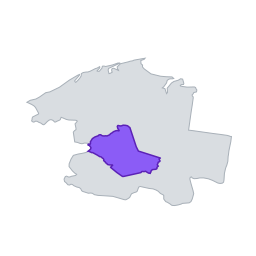 Gabon, with Ogooué-Lolo highlighted, rotated 98°
{"feature_id": "GAB-2628", "entity_name": "Ogooué-Lolo", "entity_type": "Province", "adm_level": 1, "iso_a3": "GAB", "parent_name": "Gabon", "parent_adm1": "", "projection": "equal_earth", "projection_center": [12.559, -0.822], "detail": "fine", "context": "in_parent", "style": "filled", "palette": "violet", "viewbox_px": 256, "rotation_deg": 98, "n_neighbors": 0, "source": "natural_earth", "source_scale": "10m", "svg_char_len": 5797}
<svg xmlns="http://www.w3.org/2000/svg" viewBox="0 0 256 256"><g transform="rotate(98 128 128)"><path d="M170.1,29.0L170.0,31.3L168.1,37.0L167.1,41.4L166.9,46.1L167.4,49.9L168.4,52.6L169.0,55.5L168.5,57.5L167.6,58.4L168.2,59.5L169.7,59.7L172.1,58.8L175.8,57.2L180.7,55.0L183.9,53.8L189.3,54.5L192.1,55.4L193.6,57.0L195.1,63.7L195.9,64.7L197.2,67.6L198.3,71.0L198.5,72.8L198.4,74.0L197.3,75.9L196.1,78.6L195.7,80.3L194.6,81.5L193.3,82.7L189.8,83.2L189.3,83.9L188.3,86.8L186.4,89.3L185.5,91.6L184.8,94.7L184.9,98.6L184.5,104.1L184.2,107.9L185.1,109.2L189.3,110.1L190.2,110.9L191.3,113.2L192.7,115.4L196.6,116.7L198.1,118.4L199.4,120.2L199.5,121.7L198.6,127.7L197.8,133.5L198.1,137.9L198.4,142.1L198.9,148.2L198.7,152.0L197.6,154.2L197.6,156.0L198.1,158.2L197.1,164.1L196.5,165.2L194.8,166.3L193.8,167.9L193.6,170.4L192.6,173.8L191.7,175.1L191.6,176.7L192.6,177.8L192.6,179.6L190.8,181.7L189.8,183.4L187.5,184.2L184.8,183.3L184.2,182.1L184.8,180.3L184.6,178.8L183.7,177.3L182.3,173.3L181.0,172.4L180.3,174.1L178.2,177.1L174.4,181.0L171.7,181.3L166.8,180.1L162.7,178.3L160.7,173.7L159.5,169.9L157.8,165.5L155.8,163.5L153.7,162.1L152.7,162.0L149.7,164.5L148.8,165.4L148.8,167.5L149.1,169.4L149.6,170.3L150.0,171.5L149.9,173.5L149.3,176.0L149.2,178.8L139.7,181.6L138.1,180.6L136.9,179.3L135.4,179.5L131.3,181.0L129.8,180.0L128.3,179.2L127.7,179.8L127.6,181.1L128.3,187.7L128.1,190.2L127.2,193.5L126.7,195.7L129.2,196.3L130.1,197.4L131.0,199.0L132.2,200.6L132.3,201.5L130.9,203.3L130.4,205.4L131.1,207.1L132.8,208.8L135.3,210.6L136.5,211.8L136.4,212.9L135.2,215.2L134.8,217.1L134.0,218.9L134.1,220.5L135.3,222.0L135.1,223.4L134.4,224.4L132.8,224.2L131.5,224.3L130.3,223.9L126.7,218.7L125.9,218.5L120.5,222.5L119.2,224.2L118.1,226.6L116.6,231.7L114.2,228.7L112.1,223.2L109.6,219.9L104.5,214.4L103.1,210.4L97.2,201.6L88.8,192.8L82.7,185.1L81.7,183.4L82.8,183.6L88.7,187.4L89.5,187.0L90.1,186.1L87.6,184.1L85.2,182.6L82.9,181.6L80.6,181.7L79.3,180.1L78.5,177.6L78.1,175.5L77.0,173.3L73.8,168.7L73.0,167.0L71.2,164.6L72.3,164.3L75.8,166.6L76.1,165.6L75.8,164.3L72.3,162.1L70.4,162.0L70.0,160.5L70.2,158.7L67.7,152.1L65.1,147.1L64.7,144.8L71.7,155.5L72.7,155.7L73.9,155.6L76.8,154.4L76.2,153.0L74.9,151.4L73.7,152.1L72.0,152.3L71.2,151.6L70.8,150.5L72.4,145.3L71.7,145.6L71.2,146.5L70.3,146.9L68.9,147.2L65.4,144.4L62.4,136.8L61.6,135.3L60.8,132.7L60.0,131.6L56.5,120.8L57.8,121.6L59.4,124.7L62.5,124.1L63.7,122.3L64.8,122.3L65.8,121.9L67.2,120.2L71.2,112.8L72.2,103.0L71.9,97.2L71.3,91.5L72.6,89.6L73.1,90.8L73.4,92.9L74.0,94.4L75.4,95.8L78.0,96.1L82.1,98.3L83.5,99.6L83.9,96.9L88.6,94.6L87.2,93.8L83.1,94.7L77.4,91.2L75.5,89.0L73.7,84.9L71.9,82.7L72.0,80.7L76.1,78.9L77.2,79.1L77.6,81.3L78.7,82.2L79.1,81.9L79.3,80.0L79.3,75.1L78.1,68.0L78.5,66.7L79.6,66.2L80.6,65.2L81.3,65.1L82.7,65.2L83.4,66.9L83.7,67.8L85.1,68.2L86.3,69.1L87.3,68.8L88.1,67.8L89.3,67.6L93.0,67.6L96.4,67.6L103.1,67.7L109.9,67.7L116.6,67.7L121.7,67.7L121.6,63.7L121.6,57.5L121.6,50.1L121.6,43.0L121.5,36.5L121.5,28.8L121.8,26.6L122.1,25.7L122.0,24.4L127.2,24.3L136.6,24.9L140.7,24.8L141.9,24.9L147.1,24.5L151.2,25.0L153.0,25.5L154.6,25.8L159.6,26.2L166.1,25.7L168.3,25.8L169.5,26.9L170.1,29.0Z" fill="#d9dde1" stroke="#a8b0b8" stroke-width="1"/><path d="M156.5,164.2L154.8,162.6L153.8,162.0L152.5,162.0L152.3,162.2L151.1,163.3L150.9,163.4L150.8,163.7L150.6,164.1L150.6,164.4L150.6,164.7L150.5,165.1L150.2,165.3L149.7,165.1L149.3,164.5L149.3,163.7L149.2,163.2L148.8,163.1L148.6,163.0L146.8,163.3L146.6,163.2L143.5,161.8L143.3,161.6L141.8,159.9L141.4,159.4L139.8,156.4L139.6,156.2L139.3,156.1L139.1,155.9L138.8,155.6L138.6,154.8L138.5,154.4L138.5,154.1L138.5,153.9L138.7,153.7L138.9,153.4L139.0,153.2L139.1,152.9L139.2,152.5L139.3,151.7L139.2,150.5L138.8,148.9L138.8,148.6L138.8,147.9L138.8,147.7L138.6,147.4L137.7,145.9L137.2,145.2L136.1,144.5L135.9,144.3L135.0,143.1L133.8,142.0L133.4,141.4L132.5,139.8L132.3,139.4L132.1,138.4L132.0,137.7L132.1,137.2L132.1,136.9L132.1,136.7L131.8,136.5L131.5,136.6L131.3,136.8L129.6,138.2L128.9,138.4L128.4,138.7L128.1,138.8L127.9,138.8L127.4,138.6L127.1,138.5L126.9,138.2L126.9,137.6L127.0,137.0L127.0,136.5L127.0,135.8L126.9,135.3L126.7,134.7L126.6,134.4L126.1,133.7L126.0,133.4L125.9,133.1L125.8,132.7L125.8,131.9L125.7,131.3L125.7,131.0L125.8,129.1L125.9,128.7L126.1,128.3L126.8,127.2L127.3,126.2L145.5,117.2L149.4,114.5L153.2,92.0L153.3,91.9L153.5,92.0L153.7,92.3L153.9,92.6L154.1,92.8L154.4,92.8L154.6,92.8L156.2,91.7L156.5,91.8L156.8,92.0L157.0,92.2L157.2,92.5L157.4,92.8L157.5,93.1L157.7,93.3L158.0,93.4L158.5,93.4L159.1,93.5L159.9,93.8L160.1,93.9L160.5,93.8L160.8,93.6L161.5,92.7L161.7,92.8L162.1,93.2L162.6,93.6L162.8,93.7L162.9,93.8L163.1,93.8L163.3,93.8L164.1,93.7L164.3,93.8L164.6,94.3L165.0,94.6L165.1,94.9L165.2,95.6L165.7,97.6L165.8,97.9L165.9,98.2L166.9,98.8L167.1,99.0L167.4,99.2L167.7,99.2L168.4,99.2L168.6,99.3L168.9,99.5L169.1,99.7L169.3,99.7L169.8,99.7L169.8,101.4L169.1,103.1L168.5,104.3L168.4,104.6L168.5,104.9L168.6,105.1L168.8,105.4L169.0,106.7L169.0,107.4L169.1,107.8L169.2,108.2L169.4,108.5L169.6,108.6L169.9,108.7L170.1,108.8L170.4,109.1L176.5,125.4L176.7,126.2L176.7,126.8L173.6,132.9L169.6,139.5L169.4,139.7L169.2,139.8L168.8,139.3L167.0,138.1L166.8,138.3L166.8,138.6L167.0,139.8L167.1,141.1L167.1,142.4L167.0,143.1L166.8,143.5L166.6,143.6L166.3,143.8L166.1,144.1L165.6,145.1L165.5,145.4L165.1,145.6L164.8,145.8L164.6,146.0L164.3,146.7L164.1,147.0L163.8,147.3L163.6,147.5L163.3,147.6L163.1,147.6L162.9,147.5L162.6,147.6L161.9,148.1L161.6,148.4L161.5,149.0L161.3,149.3L161.1,149.6L160.9,149.8L160.6,150.2L160.4,150.6L160.3,150.9L160.3,151.9L160.2,152.3L160.0,152.7L159.8,153.0L159.7,153.3L159.6,153.6L159.2,154.4L157.3,159.5L157.3,159.8L157.4,160.5L157.4,160.8L157.0,161.8L156.8,162.7L156.5,163.9L156.5,164.2Z" fill="#8b5cf6" stroke="#5b21b6" stroke-width="1.5"/></g></svg>